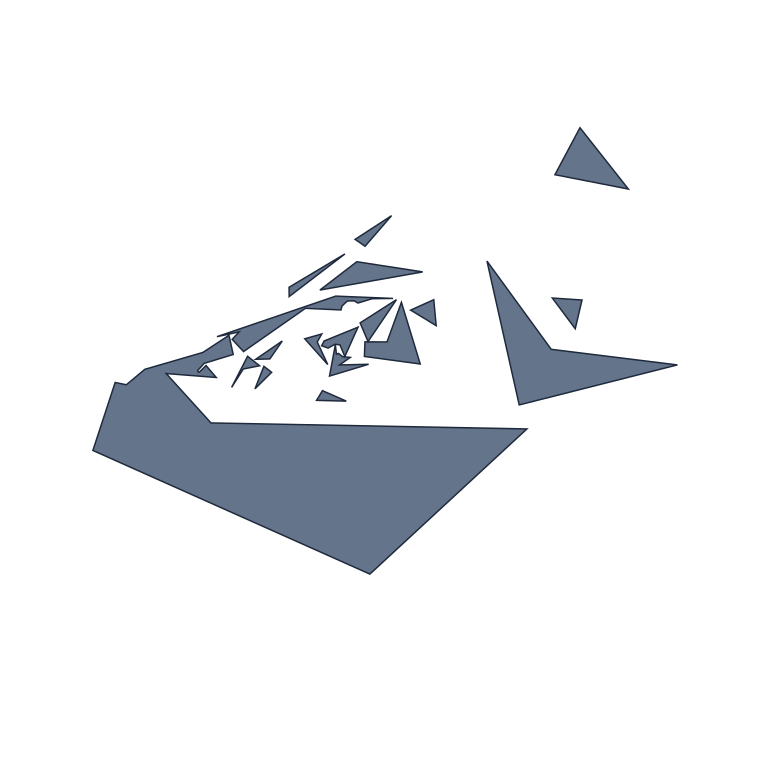 Guayaquil, Guayas, Ecuador (Natural Earth projection), rotated 250°
{"feature_id": "8360857B75288721097085", "entity_name": "Guayaquil", "entity_type": "district", "adm_level": 2, "iso_a3": "ECU", "parent_name": "Ecuador", "parent_adm1": "Guayas", "projection": "natural_earth1", "projection_center": [-80.067, -2.513], "detail": "medium", "context": "isolated", "style": "filled", "palette": "slate", "viewbox_px": 768, "rotation_deg": 250, "n_neighbors": 0, "source": "geoboundaries", "source_scale": "gbopen_adm2", "svg_char_len": 1530}
<svg xmlns="http://www.w3.org/2000/svg" viewBox="0 0 768 768"><g transform="rotate(250 384 384)"><path d="M421.1,87.7L210.2,305.7L292.9,502.9L406.6,208.1L468.3,182.9L447.5,228.6L462.2,223.1L458.5,214.8L458.5,213.8L459.2,213.3L460.4,213.6L464.9,222.1L463.3,252.4L482.8,255.0L475.6,224.6L479.6,164.3L471.4,141.6L477.4,131.9L421.1,87.7ZM464.3,522.8L318.1,503.9L301.6,666.2L359.4,553.0L464.3,522.8ZM522.2,616.2L483.6,680.3L557.8,655.8L522.2,616.2ZM483.1,368.7L485.6,243.2L482.5,265.7L477.9,256.6L462.5,263.1L482.0,336.0L468.3,368.9L471.6,371.2L474.2,377.1L474.3,378.7L472.3,384.4L469.0,387.2L468.2,402.0L461.3,421.8L483.1,368.7ZM476.1,458.7L508.2,400.3L494.2,355.9L476.1,458.7ZM430.1,380.5L416.6,375.0L390.4,424.9L454.8,428.3L422.5,401.2L430.1,380.5ZM529.8,406.3L519.9,413.3L539.6,448.7L529.8,406.3ZM459.0,424.5L449.6,382.5L429.3,383.5L459.0,424.5ZM407.2,571.6L370.5,582.6L395.2,598.8L407.2,571.6ZM519.6,391.8L507.4,327.9L498.6,324.8L519.6,391.8ZM437.5,351.7L410.1,335.5L407.8,376.3L417.1,348.7L420.5,361.4L423.8,354.5L428.3,351.7L428.3,349.5L437.5,351.7ZM456.7,265.3L432.9,239.6L446.2,256.9L443.7,273.3L456.7,265.3ZM446.3,379.0L444.9,342.5L441.3,338.5L436.9,343.7L438.1,351.7L435.8,356.0L423.2,356.6L446.3,379.0ZM446.2,459.6L444.3,434.3L421.0,453.0L446.2,459.6ZM453.6,325.0L421.5,337.8L446.3,335.6L452.3,342.6L453.6,325.0ZM380.8,342.7L398.8,323.9L391.7,315.0L380.8,342.7ZM459.2,303.1L451.1,271.9L446.6,285.3L459.2,303.1ZM441.7,277.2L423.6,261.1L433.4,282.4L441.7,277.2Z" fill="#64748b" stroke="#1e293b" stroke-width="1.5"/></g></svg>